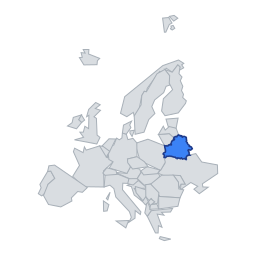 location of Belarus within Europe
{"feature_id": "BLR", "entity_name": "Belarus", "entity_type": "country or territory", "adm_level": 0, "iso_a3": "BLR", "parent_name": "Europe", "parent_adm1": "", "projection": "orthographic", "projection_center": [28.129, 53.705], "detail": "fine", "context": "in_parent", "style": "filled", "palette": "blue", "viewbox_px": 256, "rotation_deg": 0, "n_neighbors": 37, "source": "natural_earth", "source_scale": "50m", "svg_char_len": 10635}
<svg xmlns="http://www.w3.org/2000/svg" viewBox="0 0 256 256"><path d="M162.6,18.1L168.7,17.5L172.0,23.0L169.3,24.5L165.8,32.2L164.4,32.2L162.6,18.1ZM183.7,67.8L179.3,70.3L180.0,66.9L177.8,64.9L172.2,72.2L166.2,68.2L163.1,72.6L159.7,71.4L147.3,88.2L146.4,91.8L144.3,91.3L141.8,95.5L138.9,110.4L134.2,115.9L133.3,112.4L126.8,116.7L120.5,113.3L124.7,96.7L162.8,65.6L178.5,60.0L183.8,63.4L181.7,64.8L183.7,67.8ZM177.8,18.2L173.7,21.1L169.3,16.4L174.1,15.4L177.8,18.2ZM174.8,28.3L172.2,30.0L170.4,28.8L171.3,27.6L170.9,26.1L173.1,25.4L174.8,28.3Z" fill="#d9dde1" stroke="#a8b0b8" stroke-width="1"/><path d="M99.6,145.9L113.1,161.8L103.5,170.9L104.1,187.0L83.2,186.7L72.7,176.4L79.5,165.4L73.4,151.7L74.6,148.2L83.1,152.6L84.4,146.9L86.2,150.1L99.6,145.9ZM106.3,198.5L110.1,192.2L107.8,199.9L106.3,198.5Z" fill="#d9dde1" stroke="#a8b0b8" stroke-width="1"/><path d="M134.2,115.9L141.1,104.8L141.8,95.5L144.3,91.3L146.4,91.8L157.0,73.7L164.9,69.4L169.7,75.6L169.7,85.1L166.1,86.3L163.7,92.6L154.7,99.9L151.8,106.6L154.9,113.5L148.8,119.5L144.0,132.2L135.1,134.3L134.2,115.9Z" fill="#d9dde1" stroke="#a8b0b8" stroke-width="1"/><path d="M202.8,186.9L208.2,187.2L199.3,193.7L193.9,189.2L197.7,186.3L190.8,182.5L180.4,189.8L181.0,184.1L185.1,184.1L180.3,175.6L167.3,177.3L158.1,173.2L164.8,163.6L163.9,157.7L167.2,156.3L186.1,159.3L187.2,155.6L195.8,153.6L201.7,162.0L217.4,164.9L217.7,173.5L202.4,183.8L202.8,186.9Z" fill="#d9dde1" stroke="#a8b0b8" stroke-width="1"/><path d="M164.6,145.8L165.1,152.1L163.2,153.0L165.3,162.2L160.6,170.4L140.1,160.7L135.9,146.8L136.8,142.9L147.9,139.2L164.6,145.8Z" fill="#d9dde1" stroke="#a8b0b8" stroke-width="1"/><path d="M140.9,172.7L136.6,179.3L131.7,179.7L115.1,172.4L126.9,173.4L130.4,166.9L139.8,169.1L140.9,172.7Z" fill="#d9dde1" stroke="#a8b0b8" stroke-width="1"/><path d="M158.1,173.2L160.0,176.1L153.6,183.5L144.3,185.2L137.3,178.6L140.9,172.7L158.1,173.2Z" fill="#d9dde1" stroke="#a8b0b8" stroke-width="1"/><path d="M173.3,175.1L180.3,175.6L185.1,184.1L181.0,184.1L178.8,188.9L178.4,182.2L173.3,175.1Z" fill="#d9dde1" stroke="#a8b0b8" stroke-width="1"/><path d="M178.8,188.9L183.7,189.8L180.0,197.8L159.5,196.5L150.7,184.1L161.6,175.2L173.3,175.1L178.4,182.2L178.8,188.9Z" fill="#d9dde1" stroke="#a8b0b8" stroke-width="1"/><path d="M173.8,137.6L170.8,144.3L164.6,145.8L158.4,134.5L169.3,133.6L173.8,137.6Z" fill="#d9dde1" stroke="#a8b0b8" stroke-width="1"/><path d="M176.1,128.2L178.6,134.8L173.8,137.6L169.3,133.6L158.4,134.5L163.3,126.2L165.2,130.1L170.5,125.5L176.1,128.2Z" fill="#d9dde1" stroke="#a8b0b8" stroke-width="1"/><path d="M178.1,118.1L176.1,128.2L168.1,126.3L166.0,119.1L178.1,118.1Z" fill="#d9dde1" stroke="#a8b0b8" stroke-width="1"/><path d="M136.8,142.9L137.0,156.7L127.5,159.0L130.4,166.9L126.9,173.4L109.3,168.0L113.1,161.8L108.9,159.5L108.3,154.4L110.7,146.1L113.8,145.0L116.6,138.1L119.3,139.8L121.9,138.0L122.4,133.1L126.3,134.1L127.9,139.6L133.0,138.4L136.8,142.9Z" fill="#d9dde1" stroke="#a8b0b8" stroke-width="1"/><path d="M158.6,194.4L159.5,196.5L180.0,197.8L177.9,206.3L158.7,208.9L158.6,194.4Z" fill="#d9dde1" stroke="#a8b0b8" stroke-width="1"/><path d="M170.8,239.1L164.3,240.6L159.3,238.6L160.2,236.6L170.8,239.1ZM151.2,210.7L172.6,208.4L170.5,212.0L161.5,212.3L164.0,215.2L157.2,214.1L162.0,227.3L158.4,225.7L158.1,233.0L155.4,232.9L147.3,216.3L151.2,210.7Z" fill="#d9dde1" stroke="#a8b0b8" stroke-width="1"/><path d="M151.2,210.7L147.3,216.3L144.8,212.9L147.2,201.1L151.2,210.7Z" fill="#d9dde1" stroke="#a8b0b8" stroke-width="1"/><path d="M138.3,180.5L147.3,188.2L134.2,188.4L142.4,201.5L134.2,195.0L131.4,186.6L127.2,185.4L138.3,180.5Z" fill="#d9dde1" stroke="#a8b0b8" stroke-width="1"/><path d="M116.0,170.4L117.3,176.2L106.2,176.7L102.8,173.0L106.8,167.7L116.0,170.4Z" fill="#d9dde1" stroke="#a8b0b8" stroke-width="1"/><path d="M107.5,154.4L107.8,157.8L106.3,157.0L107.5,154.4Z" fill="#d9dde1" stroke="#a8b0b8" stroke-width="1"/><path d="M109.7,151.3L106.3,157.0L99.6,145.9L107.2,146.9L109.7,151.3Z" fill="#d9dde1" stroke="#a8b0b8" stroke-width="1"/><path d="M115.8,139.0L109.7,151.3L102.2,145.8L109.0,138.8L115.8,139.0Z" fill="#d9dde1" stroke="#a8b0b8" stroke-width="1"/><path d="M47.6,171.5L50.8,171.1L54.8,178.4L48.0,184.3L46.6,192.0L41.7,195.9L38.3,193.7L41.1,187.8L39.9,184.4L47.6,171.5Z" fill="#d9dde1" stroke="#a8b0b8" stroke-width="1"/><path d="M43.5,195.5L48.0,184.3L54.8,178.4L50.8,171.1L47.6,171.5L48.9,165.8L54.6,165.1L87.3,187.6L82.4,192.3L77.7,191.5L71.4,197.8L71.9,201.0L60.8,206.9L48.5,204.5L43.5,195.5Z" fill="#d9dde1" stroke="#a8b0b8" stroke-width="1"/><path d="M81.7,122.4L76.5,128.8L67.5,126.0L72.1,122.7L73.3,117.4L81.4,114.9L78.8,119.7L81.7,122.4Z" fill="#d9dde1" stroke="#a8b0b8" stroke-width="1"/><path d="M118.1,174.3L128.9,178.7L128.5,183.4L122.8,183.2L122.5,189.7L140.9,211.9L140.3,214.5L135.2,210.6L135.0,218.2L129.0,222.2L131.3,217.3L129.4,211.6L115.8,197.0L113.9,188.6L109.9,185.2L104.1,187.0L105.1,175.3L118.1,174.3ZM116.1,221.0L128.6,220.5L125.8,227.9L116.1,221.0ZM103.4,200.9L108.9,204.7L107.1,210.9L103.6,211.3L103.4,200.9Z" fill="#d9dde1" stroke="#a8b0b8" stroke-width="1"/><path d="M126.3,134.1L122.4,133.1L123.5,125.1L131.6,121.1L129.7,125.0L130.9,127.6L126.3,134.1ZM134.4,130.2L132.1,136.5L129.9,133.0L130.0,130.9L134.4,130.2Z" fill="#d9dde1" stroke="#a8b0b8" stroke-width="1"/><path d="M81.7,122.4L78.8,119.7L81.4,114.9L84.6,120.1L81.7,122.4ZM88.6,128.6L88.9,115.3L86.6,116.7L88.7,109.4L95.7,102.5L100.2,104.8L95.3,108.5L100.5,110.3L94.0,116.8L96.4,118.3L97.1,135.1L100.0,137.4L96.8,144.0L74.5,139.8L83.6,137.3L79.9,132.2L83.3,132.2L84.9,126.3L88.6,128.6Z" fill="#d9dde1" stroke="#a8b0b8" stroke-width="1"/><path d="M99.7,58.4L97.4,60.7L97.0,64.7L83.9,64.9L79.4,57.6L82.3,57.3L81.1,52.6L85.1,53.1L83.2,49.5L88.9,49.5L88.6,54.0L99.7,58.4Z" fill="#d9dde1" stroke="#a8b0b8" stroke-width="1"/><path d="M128.9,178.7L137.3,178.6L138.3,180.5L133.2,185.0L127.7,183.7L128.9,178.7Z" fill="#d9dde1" stroke="#a8b0b8" stroke-width="1"/><path d="M180.0,66.9L179.0,73.7L182.0,77.0L180.3,80.7L182.8,86.3L181.5,90.6L183.5,94.3L182.7,97.5L186.3,100.8L185.5,103.4L178.3,112.9L165.0,115.7L161.6,111.0L163.4,98.7L172.6,89.7L169.2,83.1L169.7,75.6L164.9,69.4L172.2,72.2L177.8,64.9L180.0,66.9Z" fill="#d9dde1" stroke="#a8b0b8" stroke-width="1"/><path d="M159.9,170.0L157.4,173.7L143.6,174.9L140.8,170.9L147.0,166.6L159.9,170.0Z" fill="#d9dde1" stroke="#a8b0b8" stroke-width="1"/><path d="M137.0,156.7L144.4,161.7L148.0,166.7L132.6,169.0L127.7,162.8L127.5,159.0L137.0,156.7Z" fill="#d9dde1" stroke="#a8b0b8" stroke-width="1"/><path d="M142.9,200.7L136.1,192.7L135.3,186.5L147.0,190.1L146.7,196.6L142.9,200.7Z" fill="#d9dde1" stroke="#a8b0b8" stroke-width="1"/><path d="M156.9,203.9L158.7,208.9L149.7,209.3L150.7,204.6L156.9,203.9Z" fill="#d9dde1" stroke="#a8b0b8" stroke-width="1"/><path d="M145.7,184.6L150.7,184.1L158.9,192.7L157.6,203.2L153.9,204.0L151.5,198.6L149.2,200.7L145.8,196.7L145.7,184.6Z" fill="#d9dde1" stroke="#a8b0b8" stroke-width="1"/><path d="M148.4,201.7L145.5,204.9L142.4,201.5L145.8,196.7L148.4,201.7Z" fill="#d9dde1" stroke="#a8b0b8" stroke-width="1"/><path d="M150.0,205.5L148.4,201.7L150.8,198.8L154.8,201.9L150.0,205.5Z" fill="#d9dde1" stroke="#a8b0b8" stroke-width="1"/><path d="M189.8,155.2L189.2,155.2L188.5,155.2L188.1,155.5L187.9,155.5L187.6,155.4L187.3,155.6L186.9,156.1L186.7,156.4L186.4,156.8L186.3,157.0L186.2,157.4L186.0,157.9L186.1,158.2L186.3,158.5L186.3,158.9L186.4,159.1L186.2,159.3L186.1,159.6L185.8,159.5L185.4,159.3L185.3,158.9L185.0,158.7L184.9,158.5L184.6,158.5L184.1,158.7L183.4,158.8L182.9,158.8L182.7,158.9L182.3,159.1L182.1,158.9L181.9,158.5L181.7,158.1L181.6,157.9L181.4,157.9L181.2,158.0L180.7,158.3L180.5,158.5L180.3,158.8L180.2,158.8L180.1,158.7L179.9,158.3L179.7,158.2L179.4,158.2L178.9,158.1L178.6,158.0L178.3,158.2L178.1,158.2L177.6,158.0L177.4,158.4L177.2,158.6L177.0,158.1L176.8,158.0L176.3,158.0L176.0,158.0L175.8,158.0L175.7,157.9L175.3,157.2L175.1,157.2L174.7,157.2L174.2,157.1L173.5,156.9L173.2,156.9L173.0,156.7L172.6,156.6L171.5,156.3L171.1,156.2L170.5,156.2L169.5,156.1L168.9,156.1L168.6,156.2L168.2,156.3L167.7,156.3L167.4,156.3L167.1,156.3L166.6,156.3L166.5,156.5L166.4,156.8L165.8,157.3L165.4,157.7L165.0,157.5L164.8,157.4L164.5,157.4L164.3,157.4L164.2,157.5L164.2,157.9L164.2,158.0L164.0,157.4L164.0,157.0L164.2,156.7L164.3,156.5L164.3,156.1L164.4,155.7L164.5,155.3L164.4,155.2L164.0,154.8L163.9,154.6L163.5,154.4L163.1,154.1L163.1,153.9L163.2,153.7L163.5,153.3L163.9,152.9L164.1,152.7L165.3,152.2L165.5,151.7L165.5,151.4L165.5,151.0L165.5,150.4L165.4,149.9L165.3,149.1L164.8,147.4L164.6,145.7L164.8,145.8L165.3,145.9L165.7,145.8L165.9,145.8L166.1,145.8L166.4,145.8L166.7,145.8L166.8,145.9L167.0,146.1L167.5,145.9L168.0,145.7L168.4,145.7L168.5,145.6L168.6,145.0L168.8,144.9L169.3,145.0L169.5,144.9L169.7,144.6L170.0,144.4L170.3,144.4L170.5,144.2L170.7,144.3L170.7,144.6L170.6,144.8L170.8,145.0L171.2,145.0L171.4,144.9L171.4,144.6L171.4,144.4L171.2,144.2L170.8,144.1L170.9,143.8L171.0,143.4L171.2,143.0L171.4,142.8L171.4,142.7L171.4,142.1L171.6,141.5L171.8,141.1L172.1,140.9L172.5,140.9L172.7,140.7L172.9,140.4L172.9,140.2L173.0,140.1L174.0,140.0L174.1,139.7L174.4,139.5L174.5,139.3L174.5,139.2L174.3,139.2L173.7,139.1L173.6,138.8L173.8,138.4L173.9,137.9L174.0,137.6L174.0,137.3L174.6,137.2L175.1,136.6L175.4,136.5L176.1,136.7L176.4,136.7L176.5,136.7L176.9,136.7L177.1,136.1L177.8,135.3L178.2,135.0L178.4,134.9L178.5,135.0L178.9,135.4L179.0,135.4L179.2,135.2L179.7,135.2L179.9,135.4L180.0,135.7L180.2,135.9L180.3,136.0L180.8,135.7L181.0,135.6L181.7,135.8L182.0,136.0L182.0,136.3L182.0,136.5L181.9,136.7L182.1,137.0L182.3,137.2L182.7,136.9L182.9,136.8L183.0,136.8L183.3,136.7L183.6,136.4L183.9,136.4L184.4,136.4L185.1,136.7L185.5,137.1L185.6,137.3L185.9,137.5L186.1,137.6L186.3,137.5L186.4,137.9L186.4,138.6L186.3,138.8L186.2,138.9L186.2,139.1L186.4,139.5L186.6,139.9L186.7,140.1L186.7,140.3L186.4,140.9L186.3,141.0L186.2,141.3L186.2,141.6L186.8,142.1L187.2,142.4L187.3,142.5L187.1,143.0L187.4,143.3L187.6,143.6L187.8,144.1L188.2,144.6L188.8,145.0L189.3,145.3L189.5,145.5L189.5,145.9L189.4,146.3L189.3,146.5L189.5,146.6L190.0,146.5L190.6,146.6L191.4,147.0L191.4,147.4L191.4,147.6L191.5,147.7L192.2,148.2L192.3,148.3L192.3,148.6L192.3,148.8L192.1,148.8L191.9,148.9L191.6,149.1L191.5,149.4L191.0,149.9L190.7,150.1L190.4,150.1L189.8,150.1L189.5,149.9L189.4,149.7L189.2,149.6L188.9,149.6L188.4,149.7L188.3,150.0L188.1,150.4L188.0,150.6L188.3,151.0L188.6,151.4L188.9,151.7L189.0,151.9L189.0,152.0L188.9,152.2L188.9,152.5L189.2,152.9L189.1,153.0L189.1,153.6L189.1,154.1L189.2,154.3L189.4,154.4L189.5,154.6L189.7,155.1L189.8,155.2Z" fill="#3b82f6" stroke="#1e3a8a" stroke-width="1.5"/></svg>